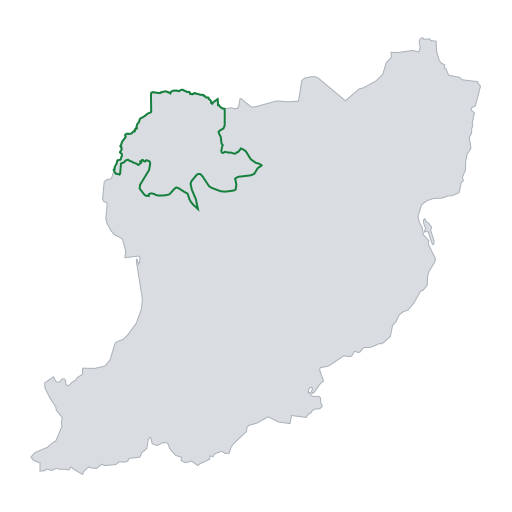 location of Razavi Khorasan within Iran, rotated 271°
{"feature_id": "IRN-3245", "entity_name": "Razavi Khorasan", "entity_type": "Province", "adm_level": 1, "iso_a3": "IRN", "parent_name": "Iran", "parent_adm1": "", "projection": "albers", "projection_center": [59.461, 35.325], "detail": "fine", "context": "in_parent", "style": "outline", "palette": "green", "viewbox_px": 512, "rotation_deg": 271, "n_neighbors": 0, "source": "natural_earth", "source_scale": "10m", "svg_char_len": 8518}
<svg xmlns="http://www.w3.org/2000/svg" viewBox="0 0 512 512"><g transform="rotate(271 256 256)"><path d="M252.0,125.0L258.3,125.7L270.1,122.3L271.2,121.4L275.0,113.7L279.2,110.3L286.2,106.4L290.8,105.2L306.4,106.3L307.7,103.1L310.3,101.6L327.3,102.9L329.8,105.5L330.7,110.0L344.8,114.3L347.7,115.7L351.1,119.1L354.0,120.0L357.7,118.6L359.9,119.6L363.7,118.7L374.7,123.7L376.2,128.8L378.2,131.1L380.6,133.2L389.5,137.1L392.1,139.4L398.6,148.7L416.5,148.3L417.6,150.3L417.5,154.3L418.9,163.8L417.5,167.4L419.9,170.4L419.7,176.4L420.7,180.6L418.7,186.4L416.7,187.6L417.9,192.7L416.1,197.6L416.4,199.5L413.6,203.7L413.4,205.3L408.2,209.3L412.1,214.9L406.3,215.4L402.6,221.5L403.7,228.7L402.8,232.5L403.4,234.6L404.9,236.0L412.9,237.3L413.1,238.3L404.7,248.9L405.2,253.0L411.5,274.3L410.7,284.9L411.6,295.8L432.2,298.7L434.6,301.4L436.2,307.5L436.2,312.0L435.6,314.4L412.8,342.6L424.9,356.3L425.5,359.3L432.9,372.7L439.8,379.5L451.7,382.9L457.2,387.9L462.1,387.5L461.9,394.3L464.2,408.6L462.9,415.3L467.1,416.5L473.5,415.3L475.9,416.4L477.2,418.7L475.6,420.1L476.1,425.8L474.5,427.0L473.9,432.4L464.3,432.9L455.4,435.5L452.2,437.6L450.4,441.4L447.5,441.2L446.6,442.6L440.2,445.4L438.2,456.3L435.8,459.0L434.2,474.5L432.8,474.7L429.7,477.5L409.9,472.7L407.9,469.0L405.8,468.3L403.0,471.9L393.1,469.9L389.8,470.6L387.7,469.5L382.4,469.4L378.2,467.2L367.5,469.0L361.0,465.1L354.0,464.0L345.4,463.9L338.5,461.0L334.8,462.0L333.2,460.0L322.8,457.9L319.6,450.8L319.6,447.4L317.2,441.3L316.6,432.5L314.4,426.1L310.2,420.7L298.5,417.3L292.4,418.7L287.7,421.5L280.2,423.0L274.1,428.6L270.8,428.0L256.6,435.4L253.6,435.1L243.6,429.3L239.1,428.0L229.7,427.7L224.8,423.8L223.6,421.1L211.8,414.7L204.7,409.1L202.8,404.1L199.8,400.4L192.7,397.0L188.8,393.7L177.7,391.7L170.4,383.5L170.6,381.0L166.7,372.3L166.4,366.1L165.5,364.5L161.8,361.6L161.3,359.9L162.5,356.2L157.7,353.4L157.1,351.4L157.7,345.5L147.1,330.2L145.4,322.1L143.3,321.6L132.2,325.7L129.4,322.5L120.6,316.5L119.5,314.4L121.9,313.8L124.1,314.9L125.7,314.0L125.3,312.2L123.1,310.9L119.9,310.7L120.6,312.4L117.5,313.6L116.6,315.5L116.7,321.4L115.3,322.9L110.3,323.4L107.0,324.9L104.4,322.5L104.1,318.1L102.7,315.1L100.2,313.8L98.6,310.9L95.5,309.1L97.1,294.3L89.0,292.9L90.4,281.6L95.4,270.9L88.9,259.8L86.5,251.7L84.6,250.0L80.6,249.7L68.7,237.6L64.5,234.3L58.3,232.6L58.0,228.9L60.1,225.0L57.9,219.3L57.2,217.7L54.7,216.7L55.3,213.4L51.9,213.1L47.0,203.1L45.4,201.5L49.8,195.1L48.1,189.1L50.3,184.5L53.4,185.2L55.3,179.0L61.8,173.2L67.1,171.1L67.9,169.2L67.4,165.5L64.8,160.7L65.8,157.0L67.0,155.3L72.5,154.0L72.8,153.2L70.6,151.5L61.6,150.2L57.3,145.1L52.8,143.4L51.5,133.3L50.8,132.1L48.7,131.4L47.7,129.4L47.8,122.9L45.1,119.6L43.9,109.7L44.1,107.3L45.2,105.4L40.9,100.5L41.2,94.1L42.4,92.8L37.4,87.3L34.9,86.7L34.8,85.9L40.1,76.7L42.0,74.6L38.8,72.7L39.6,67.8L39.3,63.6L40.2,59.8L38.4,56.7L38.1,54.9L39.5,50.8L37.6,48.4L37.1,43.7L45.3,43.7L47.8,37.0L51.1,34.5L55.7,38.6L61.1,50.9L64.9,54.8L67.6,59.0L82.3,65.0L85.7,64.2L91.0,65.1L98.4,59.0L101.6,58.5L110.1,52.6L120.4,47.3L125.5,46.9L131.7,55.8L127.3,57.8L126.4,59.8L126.6,61.8L129.7,64.2L129.8,66.6L128.6,67.6L124.2,68.3L122.7,70.5L126.9,74.7L128.8,78.1L131.2,79.2L134.6,84.6L140.8,84.6L140.8,96.7L143.3,106.9L149.4,111.8L166.3,116.7L168.0,118.8L170.3,124.5L174.4,128.8L187.1,137.7L201.5,142.5L211.3,143.1L248.0,136.6L251.4,136.8L245.9,138.7L247.9,139.8L252.5,140.1L253.6,139.2L253.8,137.8L252.0,125.0ZM294.0,425.0L291.4,428.4L287.7,431.1L285.0,430.1L273.9,433.9L271.0,433.5L270.6,432.2L282.9,427.8L283.5,426.5L282.9,423.9L286.7,425.1L291.1,423.2L294.7,422.7L296.3,424.2L294.0,425.0Z" fill="#d9dde1" stroke="#a8b0b8" stroke-width="1"/><path d="M339.3,112.3L339.7,112.2L339.9,112.3L340.1,112.4L340.3,112.9L340.4,113.1L340.8,113.2L341.1,113.2L341.5,113.1L341.9,113.1L342.7,113.3L346.2,115.1L347.7,115.4L348.4,115.5L348.8,115.6L349.2,115.8L349.3,116.0L349.3,116.4L349.3,116.6L349.7,117.3L349.7,117.5L349.8,118.0L349.8,118.4L349.9,118.7L350.3,119.1L350.7,119.2L352.4,119.5L352.7,119.7L353.3,120.1L353.6,120.2L355.7,120.0L356.1,119.8L356.4,119.3L356.6,118.9L356.9,118.5L357.2,118.2L357.7,118.2L358.0,118.4L359.2,119.4L360.1,119.8L360.7,119.9L361.2,119.8L361.4,119.7L361.5,119.5L361.7,119.4L361.9,119.4L362.4,119.5L362.6,119.5L362.9,119.4L363.2,119.0L363.2,118.6L363.4,118.4L364.7,119.2L366.5,119.6L367.4,120.0L367.7,120.3L368.0,120.4L368.7,120.5L368.9,120.6L369.6,121.4L372.7,123.6L373.2,123.6L374.4,123.0L375.0,123.2L375.4,123.6L375.9,124.2L376.0,124.6L375.9,125.2L376.0,125.5L376.1,125.8L376.0,126.0L375.9,126.3L375.8,126.6L375.8,127.2L376.3,129.2L376.5,129.6L378.0,130.8L378.4,131.3L378.5,131.5L378.4,131.7L378.4,131.8L378.4,132.0L378.4,132.4L378.7,132.5L378.9,132.7L379.1,132.8L379.3,132.9L380.2,132.6L380.5,132.7L380.9,133.1L381.1,133.6L381.2,134.1L381.3,134.6L381.6,134.8L381.8,134.8L382.0,134.6L382.3,134.2L382.5,134.1L386.0,135.1L387.5,136.4L388.4,136.9L390.2,137.2L391.1,137.6L391.8,138.5L392.7,140.3L393.7,141.9L396.2,144.9L396.7,145.7L397.4,147.4L397.8,148.3L398.6,148.7L402.2,148.6L405.5,148.5L410.4,148.3L413.1,148.2L415.4,148.2L416.6,148.3L417.5,148.5L417.7,149.4L417.9,149.9L418.0,150.1L418.1,150.5L418.0,150.8L417.9,151.2L417.8,151.4L417.7,151.7L417.6,152.0L417.6,152.3L417.8,152.7L417.3,155.0L417.2,156.5L417.6,157.3L417.5,157.5L417.4,157.7L417.6,157.8L417.8,157.9L418.0,158.1L418.2,158.5L418.2,158.8L418.2,159.5L418.3,159.8L418.6,160.3L419.0,162.1L419.1,163.0L419.1,163.3L418.9,163.6L418.7,163.8L418.7,164.1L418.6,164.4L418.6,164.6L418.6,164.9L418.4,165.1L418.1,165.2L418.0,165.3L417.9,165.7L418.0,166.2L418.0,166.5L417.7,166.8L417.3,167.2L417.0,167.5L417.3,167.7L417.9,167.8L418.4,168.0L418.8,168.4L419.2,168.8L419.4,169.2L419.6,169.7L419.8,170.2L419.9,171.2L420.0,171.7L420.0,172.1L419.9,172.8L420.0,173.0L420.1,173.3L419.9,173.9L419.9,174.1L419.9,174.6L419.9,174.8L419.5,175.1L419.5,175.3L419.5,176.1L419.9,176.7L420.4,177.6L420.6,177.8L420.9,179.0L421.0,179.6L420.8,180.2L420.5,180.7L420.0,181.4L419.7,182.0L419.6,182.9L419.4,183.2L418.9,183.8L418.8,184.2L418.7,184.7L418.9,186.2L418.7,186.7L418.2,187.0L417.7,187.1L417.2,187.1L416.8,187.4L416.7,188.0L416.7,188.6L416.7,188.9L416.9,189.0L417.0,189.3L417.0,189.6L416.7,189.7L416.6,189.8L416.7,190.1L417.6,191.2L417.7,191.4L417.6,191.7L417.6,191.9L417.6,192.2L417.8,192.4L417.3,193.2L417.1,193.6L417.0,194.8L416.7,195.9L416.6,196.5L416.5,196.8L416.2,197.3L416.2,197.7L416.2,197.9L416.3,198.5L416.2,199.7L416.1,200.7L415.3,200.9L415.2,201.4L414.8,202.3L414.0,202.8L413.6,203.4L413.6,204.0L413.7,204.8L413.6,205.5L413.4,205.8L413.1,205.9L412.8,205.9L412.5,205.9L412.1,206.1L412.0,206.3L411.9,206.5L410.8,207.8L410.4,208.1L409.8,208.3L408.5,208.4L407.9,208.8L407.6,209.4L407.8,209.4L408.0,209.5L408.4,210.4L408.6,210.6L409.2,210.8L409.5,211.1L409.7,211.4L410.1,212.2L411.9,214.4L412.2,215.0L410.4,215.1L408.0,215.3L406.3,215.4L406.5,216.0L406.1,216.4L405.0,217.0L404.2,217.9L403.5,218.9L402.8,220.2L402.7,221.5L402.7,221.9L400.9,222.2L386.1,222.4L383.0,221.3L380.7,217.5L379.4,216.4L376.9,217.3L374.7,218.6L367.7,219.6L367.0,220.3L366.3,220.8L363.9,220.0L360.1,219.5L358.9,220.0L358.5,220.8L358.6,221.6L359.6,223.1L359.3,225.0L358.8,227.1L359.0,228.4L358.9,229.5L358.3,231.0L358.0,232.6L358.1,233.8L358.7,234.5L359.3,234.9L359.5,235.6L359.7,236.4L363.3,239.1L362.6,240.4L362.4,241.2L361.2,243.1L360.2,244.2L352.6,249.1L349.2,254.1L348.3,257.5L347.3,259.3L346.7,260.0L346.1,259.5L344.1,256.4L342.1,255.1L340.6,254.4L340.0,253.9L338.0,252.7L336.5,249.1L334.9,237.0L334.0,235.2L333.0,233.8L326.9,235.1L322.2,234.5L321.1,232.7L319.8,224.4L320.1,219.5L323.3,210.6L325.0,207.8L334.5,201.3L336.8,199.1L337.1,197.3L336.4,195.5L329.6,190.1L327.0,189.3L321.1,190.7L311.7,194.9L302.0,197.1L305.9,192.6L309.0,189.9L311.7,188.4L316.7,186.7L317.5,186.1L318.5,183.8L322.7,176.9L323.1,175.0L321.7,173.2L316.3,168.5L315.7,166.9L315.0,163.4L314.7,158.0L315.2,154.9L316.2,153.1L316.8,150.5L316.3,148.2L315.4,147.6L314.7,147.6L314.2,147.7L314.3,146.9L314.2,145.9L314.4,144.6L315.8,142.9L321.4,138.5L325.1,138.8L340.1,147.6L346.4,148.6L348.2,148.2L349.0,147.4L349.8,145.2L349.7,144.3L348.8,143.8L348.5,143.3L348.7,142.5L350.1,141.1L350.0,140.4L349.3,140.1L348.8,139.3L348.6,138.6L348.3,138.7L348.0,139.6L347.4,139.7L347.0,138.9L346.3,138.2L345.2,137.4L345.1,136.4L346.1,135.2L347.5,131.2L348.3,130.1L348.6,129.2L348.6,128.6L348.8,128.1L349.4,127.4L350.0,126.5L349.8,125.3L349.2,124.1L347.2,122.1L346.7,120.9L346.4,119.9L346.0,119.4L335.8,118.7L335.0,118.1L335.4,117.1L335.6,116.0L335.6,114.8L336.5,113.9L339.3,112.3Z" fill="none" stroke="#15803d" stroke-width="2"/></g></svg>